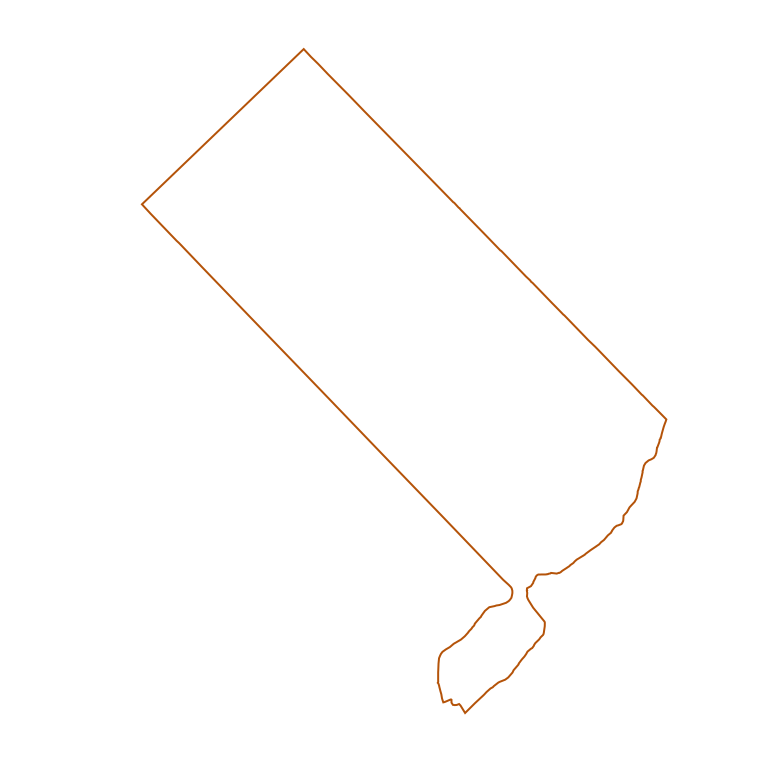 Flores, Petén, Guatemala (orthographic projection), rotated 316°
{"feature_id": "79465075B29101343458737", "entity_name": "Flores", "entity_type": "district", "adm_level": 2, "iso_a3": "GTM", "parent_name": "Guatemala", "parent_adm1": "Petén", "projection": "orthographic", "projection_center": [-89.621, 17.359], "detail": "fine", "context": "isolated", "style": "outline", "palette": "amber", "viewbox_px": 768, "rotation_deg": 316, "n_neighbors": 0, "source": "geoboundaries", "source_scale": "gbopen_adm2", "svg_char_len": 2946}
<svg xmlns="http://www.w3.org/2000/svg" viewBox="0 0 768 768"><g transform="rotate(316 384 384)"><path d="M562.5,605.6L562.5,605.0L562.3,588.2L562.1,586.0L562.2,571.9L562.0,570.8L562.1,556.5L561.8,537.8L561.8,504.1L561.4,494.2L561.4,459.8L561.2,458.7L561.2,451.4L561.1,442.3L561.1,414.5L560.8,412.3L561.1,411.4L560.8,405.1L560.8,369.5L560.5,369.0L560.5,346.8L560.3,311.1L560.5,309.9L560.2,309.3L560.4,302.3L560.1,301.5L559.9,260.5L559.3,174.0L559.3,152.4L558.9,122.1L559.0,108.0L558.7,97.9L558.9,87.3L334.7,86.6L334.4,99.3L334.3,136.9L334.5,140.3L334.3,173.7L334.2,260.4L334.2,347.2L334.0,434.0L334.0,520.7L333.7,607.6L334.2,615.1L334.2,618.3L333.9,619.7L332.7,621.9L331.1,623.6L329.3,624.9L327.1,626.3L324.8,626.7L322.9,626.8L319.8,626.2L313.5,623.2L311.0,621.4L309.3,620.6L304.7,617.7L299.0,617.3L292.9,618.4L292.2,618.8L289.8,618.8L282.8,619.5L282.0,620.0L280.6,620.4L278.5,620.4L277.1,620.8L272.8,620.9L272.4,621.2L266.9,621.6L261.8,621.3L253.7,619.3L248.7,619.0L244.2,617.9L240.0,617.3L237.5,617.7L235.6,618.4L233.1,619.5L229.7,622.4L229.1,622.9L224.3,627.5L222.8,628.9L217.0,634.9L216.2,635.8L215.1,636.3L215.1,637.2L214.1,639.3L213.6,640.0L212.9,641.2L212.4,642.1L211.3,644.0L209.7,647.0L207.3,650.5L205.5,654.2L206.7,654.9L208.2,655.5L212.7,657.2L213.1,657.5L213.2,658.0L211.2,660.1L210.7,662.7L211.9,664.2L213.4,665.4L215.7,666.4L215.7,668.4L214.8,672.5L213.8,677.0L227.8,676.8L239.4,677.0L240.4,677.0L243.7,676.8L249.1,677.0L251.6,677.7L253.1,677.6L258.9,678.2L260.5,678.7L265.8,680.9L269.5,681.4L276.1,680.8L278.4,679.9L286.0,679.2L286.7,678.7L291.8,677.9L295.7,677.6L298.7,677.0L301.3,676.2L305.7,676.5L307.2,676.9L310.0,676.4L310.7,676.0L312.8,675.5L318.2,675.5L320.7,675.0L324.0,675.0L324.8,674.8L326.1,674.0L331.4,669.9L333.9,667.4L334.4,666.5L335.9,648.5L337.8,639.7L338.5,637.6L338.8,637.2L339.2,636.2L341.9,633.8L343.1,632.0L343.6,631.9L343.7,631.4L345.0,630.3L349.3,631.5L353.2,630.7L354.0,630.1L358.0,628.8L358.9,628.2L360.8,627.8L362.6,628.2L367.9,633.2L368.9,634.0L369.3,634.1L369.7,634.6L370.7,634.9L372.2,635.9L372.9,635.9L376.6,640.4L378.6,641.3L378.9,641.7L380.4,642.1L382.4,642.2L390.8,643.8L392.2,643.7L395.8,644.3L398.0,644.1L400.6,644.2L410.0,646.3L410.8,646.2L417.0,647.0L427.4,648.8L430.3,648.6L433.9,649.0L439.8,648.4L444.2,648.7L444.6,648.4L446.0,648.1L446.2,647.9L450.0,647.3L452.9,647.6L454.3,648.4L457.4,649.7L458.6,649.6L459.0,649.3L460.5,648.9L461.5,648.2L464.9,645.1L469.8,644.9L474.9,643.3L478.0,643.1L482.4,642.9L486.2,641.7L490.4,638.9L492.0,637.4L493.6,636.7L495.4,635.6L495.9,635.5L500.0,632.9L500.8,632.6L502.2,631.3L504.2,630.2L508.8,627.1L509.5,626.2L510.0,626.1L514.3,623.3L517.3,622.5L521.3,622.8L524.1,623.9L526.8,624.5L530.0,623.8L530.7,623.3L531.7,622.9L533.4,621.7L536.2,619.4L536.5,619.5L541.4,617.2L542.7,616.4L543.7,615.5L545.3,615.3L545.8,614.7L546.3,614.7L549.5,612.6L553.1,610.5L555.7,609.0L558.5,607.6L560.5,606.7L562.5,605.6Z" fill="none" stroke="#b45309" stroke-width="2"/></g></svg>